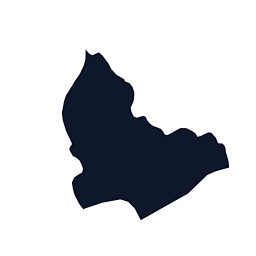 the border of Resen, rotated 333°
{"feature_id": "MKD-2894", "entity_name": "Resen", "entity_type": "Statistical Region", "adm_level": 1, "iso_a3": "MKD", "parent_name": "North Macedonia", "parent_adm1": "", "projection": "albers", "projection_center": [21.045, 41.032], "detail": "fine", "context": "isolated", "style": "filled", "palette": "ink", "viewbox_px": 256, "rotation_deg": 333, "n_neighbors": 0, "source": "natural_earth", "source_scale": "10m", "svg_char_len": 1272}
<svg xmlns="http://www.w3.org/2000/svg" viewBox="0 0 256 256"><g transform="rotate(333 128 128)"><path d="M98.3,215.1L98.2,202.4L95.3,193.4L89.2,187.5L71.3,182.1L52.2,179.3L51.9,179.4L51.9,179.2L51.3,176.2L50.8,173.3L50.8,168.9L50.8,163.4L52.1,157.0L53.9,151.5L58.1,148.3L63.5,147.7L67.3,147.5L70.1,144.3L70.8,139.1L70.8,134.7L68.8,130.1L66.9,127.7L66.7,123.4L66.7,120.7L68.4,119.0L71.5,117.6L71.9,113.8L72.0,108.8L72.2,102.5L74.0,92.3L76.6,84.8L80.1,80.4L83.8,75.5L88.0,71.4L96.3,66.5L102.4,62.7L109.8,58.7L117.5,52.8L121.9,47.9L125.2,41.8L125.6,40.9L126.7,45.0L129.1,47.9L132.4,47.9L135.9,48.2L137.4,52.0L139.1,61.9L139.1,68.0L141.1,75.5L144.8,81.3L145.9,82.9L145.8,83.0L145.8,85.5L149.1,89.1L149.9,93.5L149.1,98.9L145.5,105.1L141.9,108.4L138.9,110.6L137.6,115.3L137.6,120.7L140.1,123.6L146.4,124.7L147.9,126.0L147.9,130.4L148.8,134.4L150.6,137.9L153.6,141.1L156.1,144.0L156.9,146.9L156.9,150.7L159.6,153.0L163.5,153.0L169.6,152.7L174.7,152.7L179.5,155.3L183.5,160.8L185.0,164.0L185.0,167.8L188.7,169.0L192.5,168.9L197.5,169.2L199.5,170.7L201.1,176.8L200.6,182.9L204.4,185.2L205.2,187.5L204.8,190.7L203.5,193.6L202.7,198.8L201.3,204.4L200.9,205.0L199.8,208.3L186.5,205.6L177.1,205.1L151.5,212.9L98.3,215.1Z" fill="#0f172a" stroke="#020617" stroke-width="1.5"/></g></svg>